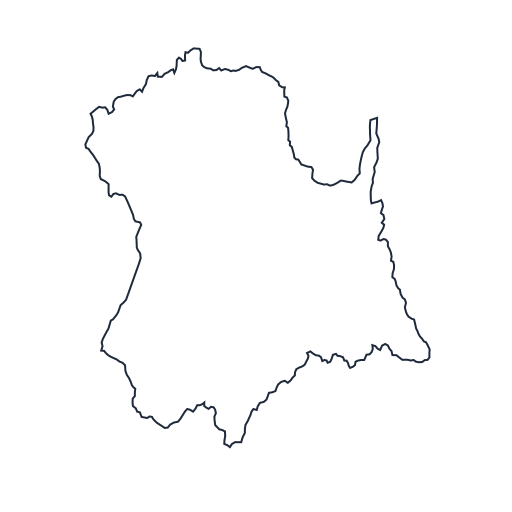 outline of Paraíso do Tocantins, Tocantins, Brazil, rotated 191°
{"feature_id": "56859067B72116218699042", "entity_name": "Paraíso do Tocantins", "entity_type": "district", "adm_level": 2, "iso_a3": "BRA", "parent_name": "Brazil", "parent_adm1": "Tocantins", "projection": "equal_earth", "projection_center": [-48.851, -10.214], "detail": "fine", "context": "isolated", "style": "outline", "palette": "slate", "viewbox_px": 512, "rotation_deg": 191, "n_neighbors": 0, "source": "geoboundaries", "source_scale": "gbopen_adm2", "svg_char_len": 5402}
<svg xmlns="http://www.w3.org/2000/svg" viewBox="0 0 512 512"><g transform="rotate(191 256 256)"><path d="M229.3,105.3L225.9,105.0L225.6,108.9L224.1,112.6L220.6,114.2L218.4,116.9L217.7,120.6L217.2,124.2L214.2,125.2L211.2,127.1L210.6,130.9L209.8,134.0L207.5,137.0L204.1,139.0L200.6,137.6L198.2,140.6L196.9,143.6L195.1,146.2L195.5,149.4L194.8,152.6L192.3,154.7L189.3,156.6L187.4,158.7L186.6,161.6L185.6,164.8L185.4,167.9L187.4,170.6L184.4,172.7L181.6,171.2L178.3,170.0L175.2,170.2L172.8,169.0L170.9,165.5L169.0,167.0L166.8,166.9L165.3,164.9L163.0,166.3L162.2,169.2L161.6,173.7L158.8,175.2L157.0,173.6L154.6,173.8L151.2,173.2L149.4,170.2L147.2,170.6L145.4,168.7L143.9,165.8L142.3,164.1L139.7,165.8L138.0,167.8L138.1,171.2L135.9,172.8L133.2,173.9L129.9,174.6L128.7,180.2L125.7,181.2L124.1,183.9L123.6,187.1L124.8,190.7L121.6,190.3L118.9,188.2L116.2,187.4L115.1,192.1L112.4,194.3L109.4,193.3L107.3,190.4L104.8,188.5L103.2,184.8L99.1,185.4L96.4,183.9L92.5,182.0L89.0,182.8L86.8,183.1L84.3,182.9L81.4,184.0L79.0,182.8L75.9,182.8L72.7,183.6L70.5,186.0L67.7,186.8L66.4,189.6L67.3,193.8L67.7,197.4L70.5,201.2L72.6,203.7L75.1,204.3L76.9,206.2L79.8,208.4L81.7,210.7L83.3,213.3L85.0,215.4L86.8,219.7L88.7,223.8L91.4,224.2L94.8,225.6L97.0,228.0L98.4,230.3L100.1,234.1L99.8,238.5L101.5,241.7L104.2,243.1L106.8,246.3L108.3,250.4L110.3,251.5L112.5,253.9L114.0,257.6L115.4,259.9L118.1,261.2L118.6,265.1L118.1,269.5L118.7,273.3L120.1,276.5L122.6,277.1L122.8,281.4L124.3,285.2L126.1,288.0L128.3,290.6L129.3,295.0L131.7,296.9L134.0,297.0L136.7,294.9L139.1,295.2L139.4,299.1L137.5,304.2L136.3,308.2L136.2,311.2L138.9,312.6L137.1,316.8L138.7,320.5L141.6,321.9L141.3,325.5L140.8,328.8L141.9,331.8L143.9,334.7L146.7,332.6L150.5,330.8L152.6,329.7L153.8,332.4L154.9,337.1L155.7,341.1L155.8,346.6L155.2,350.0L156.2,354.1L155.5,361.1L157.0,365.7L155.5,371.0L155.0,374.8L156.6,381.0L157.6,385.2L157.2,388.3L156.7,391.2L158.0,394.4L161.3,399.2L162.3,408.0L163.5,414.7L169.6,411.3L169.3,407.3L168.8,404.1L168.0,400.8L167.4,397.7L165.7,391.5L167.7,385.9L169.8,382.1L171.0,378.0L171.3,373.6L171.4,369.8L171.4,365.6L171.1,361.4L169.9,356.9L171.7,354.2L173.7,349.5L176.2,346.4L178.5,346.4L181.8,346.3L185.0,346.4L187.2,346.2L189.2,344.2L191.4,342.3L194.2,340.2L197.1,339.2L199.8,340.0L203.0,339.1L206.4,339.4L209.4,339.6L213.1,341.1L215.8,343.2L216.3,347.5L216.5,351.6L218.6,353.9L221.6,353.6L223.9,353.8L226.6,354.2L229.0,354.5L231.2,357.0L232.9,358.7L235.3,358.6L237.2,360.0L238.1,362.7L239.9,366.4L241.8,370.1L243.9,371.1L244.4,374.8L246.4,375.9L246.9,379.9L248.0,384.7L249.0,388.0L251.0,389.2L251.2,393.2L253.1,397.4L254.8,401.7L254.3,405.7L253.7,408.5L253.7,411.7L253.9,414.5L255.9,417.5L258.6,417.9L259.9,423.7L259.9,427.0L262.2,426.6L265.8,427.9L267.3,431.2L269.8,432.3L272.7,434.3L274.9,435.2L277.1,435.7L281.4,437.1L285.1,437.8L286.8,439.6L288.4,442.1L291.8,441.5L295.0,439.1L298.8,439.8L302.0,440.5L305.8,438.0L308.2,435.5L311.3,433.8L313.8,433.7L315.9,432.6L318.3,433.4L322.1,433.7L325.5,431.5L328.1,433.4L330.3,431.0L333.5,430.1L336.2,431.2L339.9,430.9L342.8,431.5L345.2,432.9L347.1,436.1L348.0,438.9L348.4,442.0L349.0,445.7L350.9,448.6L356.8,447.9L359.5,445.4L361.6,442.5L364.1,442.6L364.0,439.3L362.9,434.4L365.4,433.4L367.2,435.2L369.5,436.0L371.1,433.4L370.2,427.3L370.2,424.0L371.1,420.1L373.0,423.4L375.2,422.0L377.3,419.7L380.6,417.3L382.5,413.9L386.6,413.3L387.8,416.8L389.5,413.4L392.8,413.3L395.8,412.0L396.8,407.9L396.8,403.9L398.6,399.1L399.2,395.5L401.9,397.4L404.5,395.2L405.9,392.4L407.4,389.2L409.9,389.9L413.4,389.4L416.6,387.9L419.3,386.5L421.9,385.5L423.9,383.2L425.1,380.4L425.0,375.4L423.2,372.8L424.8,369.8L427.8,367.5L429.9,371.2L432.5,373.2L435.1,372.3L438.4,372.5L440.9,369.8L442.5,367.8L445.6,364.0L443.8,361.8L442.3,358.6L441.3,355.0L440.1,351.6L439.5,348.0L440.2,344.8L442.9,340.9L444.8,333.0L443.5,329.8L440.8,329.2L438.4,326.8L435.2,324.1L430.9,319.5L427.8,316.5L426.2,312.6L425.5,309.9L424.7,304.8L423.0,301.8L420.2,301.2L417.7,300.3L414.4,298.4L412.8,290.0L411.8,287.5L409.3,286.6L407.8,289.7L405.4,290.8L401.8,289.9L398.7,290.7L395.9,289.5L392.8,285.3L389.9,281.0L386.9,276.5L384.6,273.0L382.9,269.0L381.0,267.0L376.3,266.9L374.6,264.7L376.1,257.9L376.6,255.1L377.2,251.9L376.4,249.2L374.6,241.5L373.2,239.4L370.2,236.4L368.8,231.8L369.5,225.8L375.2,188.2L377.4,184.6L379.5,182.0L380.6,174.6L381.6,171.6L384.3,166.5L386.2,164.9L386.6,160.5L387.0,156.5L388.3,152.8L390.5,145.4L391.0,141.6L389.4,138.1L389.9,133.6L387.0,133.9L384.9,132.1L382.3,130.5L379.7,129.5L376.5,128.7L373.1,127.9L369.7,126.3L366.6,125.7L363.7,123.8L362.3,118.4L360.0,114.5L357.5,112.1L355.1,108.8L353.2,105.5L351.2,103.7L349.2,102.7L348.9,99.1L348.2,95.4L349.8,92.5L349.3,89.0L348.2,85.2L345.0,83.6L342.9,80.5L340.2,80.4L337.6,76.2L334.6,76.2L331.9,76.2L329.8,78.2L327.4,78.2L325.8,76.3L323.7,74.8L321.5,73.4L319.1,72.4L316.3,71.3L312.8,69.8L309.9,70.7L308.1,74.1L304.9,76.8L300.9,78.5L299.0,82.1L297.5,86.1L296.0,89.9L294.3,92.7L291.4,92.5L288.1,91.2L286.4,94.3L285.2,98.3L282.8,98.8L280.5,100.2L278.8,102.3L278.2,98.9L275.9,97.7L273.4,96.9L271.3,99.4L268.7,99.4L266.7,97.2L265.4,94.0L266.2,90.3L265.2,86.4L263.7,82.1L260.8,80.2L259.0,78.8L256.3,78.8L253.0,77.9L251.9,73.5L251.8,69.0L251.3,65.5L247.9,64.8L245.1,63.4L243.9,66.7L241.0,69.3L238.0,69.8L235.0,70.4L234.5,75.6L233.2,80.1L233.9,84.2L234.1,88.2L232.7,92.1L232.0,95.0L231.1,98.8L230.6,102.7L229.3,105.3Z" fill="none" stroke="#1e293b" stroke-width="2"/></g></svg>